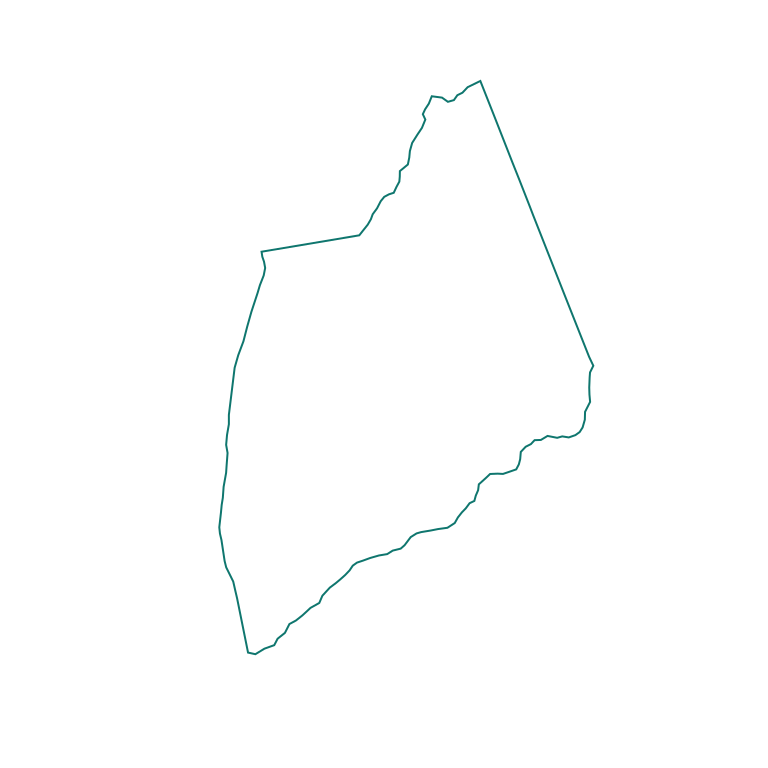 outline of Pureza, Rio Grande do Norte, Brazil, rotated 311°
{"feature_id": "56859067B14620610310527", "entity_name": "Pureza", "entity_type": "district", "adm_level": 2, "iso_a3": "BRA", "parent_name": "Brazil", "parent_adm1": "Rio Grande do Norte", "projection": "albers", "projection_center": [-35.595, -5.407], "detail": "fine", "context": "isolated", "style": "outline", "palette": "teal", "viewbox_px": 768, "rotation_deg": 311, "n_neighbors": 0, "source": "geoboundaries", "source_scale": "gbopen_adm2", "svg_char_len": 1868}
<svg xmlns="http://www.w3.org/2000/svg" viewBox="0 0 768 768"><g transform="rotate(311 384 384)"><path d="M122.0,470.8L131.2,472.5L140.8,470.1L147.7,472.7L155.7,474.2L161.8,474.9L166.8,475.4L176.3,478.8L183.8,476.4L194.8,476.7L202.3,478.3L207.3,479.1L214.2,480.0L220.8,480.3L226.4,479.6L231.5,480.8L236.9,484.0L243.6,487.7L251.3,492.7L257.7,498.0L264.0,499.9L270.7,504.6L275.8,505.3L286.0,504.6L292.6,506.6L296.6,509.2L304.1,515.4L309.9,519.9L317.1,526.2L325.5,528.6L331.8,527.3L338.2,527.0L343.8,527.3L350.2,526.8L355.0,528.9L360.0,526.5L365.6,524.7L370.5,521.4L380.4,522.6L385.7,523.1L390.9,528.6L394.2,532.8L399.5,535.9L406.3,539.8L411.8,538.5L416.6,536.1L422.5,531.8L429.6,532.1L435.0,534.3L440.4,534.5L444.7,539.1L452.1,541.5L457.0,550.0L461.4,552.9L464.9,558.5L471.0,562.0L476.1,563.2L481.5,562.4L488.8,559.0L494.9,554.0L505.7,551.3L510.8,546.0L516.0,541.2L524.0,534.8L527.9,531.9L535.1,530.0L539.1,520.9L569.3,462.6L609.4,385.5L613.5,377.8L626.9,352.2L635.5,335.5L658.9,290.7L675.9,257.9L662.9,252.4L655.3,252.1L650.1,249.9L644.1,250.5L638.9,247.1L638.2,239.9L632.5,231.3L625.0,233.9L618.3,234.8L613.1,236.3L610.7,241.7L602.2,244.6L594.2,245.6L584.4,247.1L576.8,250.7L571.5,254.5L565.3,258.0L555.1,256.3L550.8,259.9L546.8,262.8L541.0,264.1L534.7,265.9L530.4,263.3L525.4,261.4L519.8,261.6L512.0,263.5L504.7,264.1L499.8,266.0L493.5,267.2L486.3,267.5L480.0,267.8L403.5,204.8L400.2,208.7L397.6,213.2L393.6,218.2L387.0,222.0L377.2,225.5L369.7,228.9L351.4,236.6L337.4,243.2L324.0,249.9L310.1,255.1L298.3,260.6L258.9,287.2L251.9,293.3L242.5,299.0L234.5,304.8L229.3,311.2L220.0,318.1L213.4,323.1L201.2,330.4L192.4,337.0L186.3,340.8L180.0,345.3L167.8,353.7L163.5,358.3L159.6,363.7L145.8,379.9L142.1,385.2L138.9,392.9L136.0,399.8L130.3,407.6L125.9,413.7L92.1,457.6L95.7,464.2L105.8,467.4L114.9,472.5L122.0,470.8Z" fill="none" stroke="#0f766e" stroke-width="2"/></g></svg>